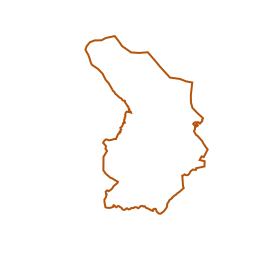 Tsafe, Zamfara, Nigeria, rotated 129°
{"feature_id": "59680162B12426298681132", "entity_name": "Tsafe", "entity_type": "district", "adm_level": 2, "iso_a3": "NGA", "parent_name": "Nigeria", "parent_adm1": "Zamfara", "projection": "robinson", "projection_center": [6.979, 11.824], "detail": "fine", "context": "isolated", "style": "outline", "palette": "amber", "viewbox_px": 256, "rotation_deg": 129, "n_neighbors": 0, "source": "geoboundaries", "source_scale": "gbopen_adm2", "svg_char_len": 4036}
<svg xmlns="http://www.w3.org/2000/svg" viewBox="0 0 256 256"><g transform="rotate(129 128 128)"><path d="M170.1,47.7L165.6,47.9L164.7,48.2L161.9,49.9L160.9,49.9L159.4,50.0L158.4,50.4L157.3,50.3L156.3,49.9L155.4,49.9L154.8,49.6L153.9,49.9L153.0,49.6L152.4,49.5L150.7,49.2L150.2,48.8L149.6,48.7L148.5,48.8L145.5,47.9L139.6,46.9L138.6,48.6L130.9,55.8L130.5,55.3L129.9,55.2L129.2,55.0L128.5,54.9L128.3,54.3L128.3,53.9L128.0,53.2L127.8,52.7L127.6,52.5L127.1,52.2L126.6,51.8L125.4,51.6L122.3,52.1L119.5,51.5L118.1,49.1L117.4,48.9L116.4,49.7L115.1,48.7L109.8,44.4L105.6,47.5L107.8,52.2L103.7,52.9L102.9,50.8L94.5,52.6L93.8,55.8L92.3,60.4L91.5,61.8L90.3,69.2L90.6,70.4L89.6,73.3L88.9,74.8L87.7,75.0L86.6,75.2L86.0,75.9L85.2,76.4L84.6,76.1L83.9,75.9L82.7,75.3L82.2,75.3L81.7,76.7L82.1,77.3L84.3,77.3L83.8,79.9L83.7,80.0L82.0,79.8L80.9,79.1L80.3,77.9L79.3,77.2L79.2,76.4L79.7,75.3L79.3,74.8L78.9,74.8L77.5,74.8L76.7,74.9L76.1,74.6L75.3,75.1L75.0,75.6L74.2,75.6L73.8,75.7L73.7,75.7L73.2,75.8L73.1,77.0L72.7,83.5L71.8,90.6L68.6,95.1L63.1,99.7L52.2,106.7L55.2,112.2L55.9,114.4L57.3,118.7L62.4,127.1L61.0,136.4L60.7,138.6L60.1,142.3L59.0,147.5L56.7,160.3L62.5,166.4L67.3,173.1L68.1,184.2L66.7,188.7L64.9,196.1L71.4,201.4L72.0,201.9L76.5,203.8L81.0,209.1L85.4,211.6L89.4,211.6L90.3,211.6L93.9,210.4L95.0,207.9L96.1,205.0L97.9,201.9L100.6,198.0L101.6,195.8L101.1,189.6L101.0,188.2L101.8,181.9L103.3,178.6L104.6,175.7L105.4,171.1L106.8,167.5L107.7,165.1L108.6,163.0L108.5,161.4L109.3,159.7L109.4,158.7L109.4,157.1L109.7,154.2L109.3,151.4L109.7,150.4L109.8,149.1L109.1,148.2L108.9,147.3L109.9,146.5L110.3,145.1L110.8,143.4L111.4,142.1L111.3,141.5L111.2,141.2L111.6,141.0L111.9,140.6L112.3,139.9L112.5,139.4L112.4,138.9L112.5,138.7L112.8,138.6L113.3,138.5L113.7,138.5L113.8,138.5L114.1,138.3L114.0,138.0L113.9,137.8L114.0,137.4L113.7,137.0L113.6,136.8L113.7,136.0L113.8,135.7L114.1,135.3L114.3,135.9L114.6,136.6L115.0,137.2L115.3,137.8L115.7,138.5L116.1,139.2L116.7,139.4L117.2,139.3L117.4,139.2L118.0,139.2L118.7,138.8L119.3,138.7L120.0,138.1L120.1,137.7L120.7,137.3L121.0,137.1L121.5,137.0L122.2,137.0L122.5,136.5L123.1,136.3L123.7,136.2L124.0,136.2L124.3,135.8L124.8,135.7L125.3,135.2L125.4,134.6L125.7,134.3L125.7,133.9L126.0,133.8L126.2,134.2L126.7,134.3L127.2,134.9L128.0,134.5L128.2,134.2L129.1,134.0L129.8,133.9L130.1,133.7L131.1,133.7L131.9,133.8L132.2,133.8L132.3,134.0L132.6,134.1L133.3,133.2L133.5,132.4L133.7,132.5L134.4,132.3L134.9,132.2L135.0,132.0L135.3,132.0L135.4,131.8L135.4,131.6L135.6,131.4L135.8,131.3L136.1,131.4L136.3,131.6L136.4,132.0L136.9,131.8L137.2,131.8L137.3,131.5L137.4,131.3L137.5,131.2L137.7,131.4L137.9,131.7L139.2,131.8L144.1,130.4L145.1,131.7L147.9,133.5L148.3,134.1L149.3,134.7L149.7,135.5L149.9,136.1L150.6,137.8L151.1,138.1L152.5,138.4L153.9,138.3L154.3,138.1L155.2,138.0L155.9,133.7L157.0,133.1L157.8,132.7L158.4,132.4L158.9,130.2L159.0,129.8L165.8,128.9L176.5,120.4L176.7,119.2L177.3,117.5L177.6,115.4L177.6,113.3L177.8,110.9L177.2,109.1L176.2,101.9L177.5,101.6L182.5,102.6L184.2,102.2L187.1,102.5L189.2,103.2L189.4,103.3L189.3,104.2L189.8,105.1L191.6,105.2L193.2,103.3L193.0,102.8L196.1,101.5L198.5,101.3L201.0,99.0L203.8,95.6L203.0,93.8L202.3,92.8L201.5,91.8L199.8,90.6L198.3,89.8L197.8,89.9L197.4,90.6L196.9,90.5L196.8,90.0L197.0,88.4L197.0,87.2L195.3,86.8L194.5,86.3L194.5,84.6L194.2,83.3L194.1,82.8L194.7,81.6L194.4,79.9L193.8,79.2L193.1,78.9L192.1,78.7L191.3,78.5L191.0,78.2L190.9,77.8L190.9,77.5L190.9,77.2L191.0,76.9L190.8,76.1L190.4,75.8L190.0,75.5L189.5,75.2L189.1,75.1L188.6,75.2L188.0,75.0L187.6,74.5L187.2,73.8L186.5,73.3L185.5,73.1L185.1,72.6L184.6,72.0L184.2,71.4L184.1,70.5L184.0,69.6L183.4,69.3L182.6,69.3L182.1,69.1L181.2,69.1L180.3,68.7L179.6,68.0L179.5,67.4L179.5,66.8L179.2,66.4L178.7,66.3L178.3,65.8L178.4,65.2L178.5,64.7L178.7,64.0L178.7,63.2L178.3,62.8L177.9,61.5L177.7,60.1L177.5,58.8L176.9,56.6L176.4,56.3L175.9,56.7L175.4,57.2L174.6,56.8L173.8,56.4L173.5,55.3L174.4,53.9L175.1,52.5L175.0,51.4L175.1,50.2L174.2,48.8L170.1,47.7Z" fill="none" stroke="#b45309" stroke-width="2"/></g></svg>